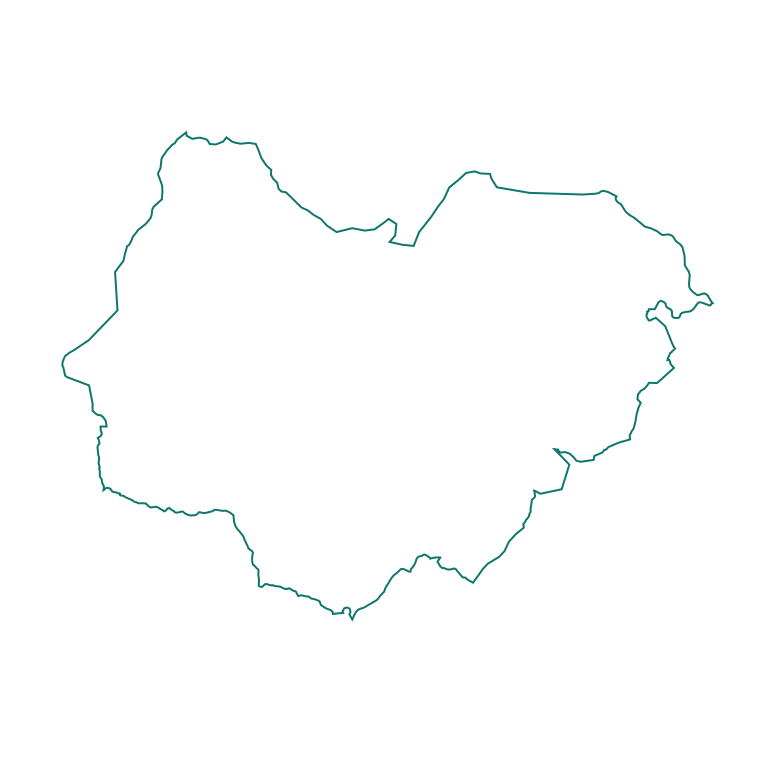 Techiman Municipal, Brong Ahafo, Ghana (Robinson projection), rotated 4°
{"feature_id": "2480657B78695952433486", "entity_name": "Techiman Municipal", "entity_type": "district", "adm_level": 2, "iso_a3": "GHA", "parent_name": "Ghana", "parent_adm1": "Brong Ahafo", "projection": "robinson", "projection_center": [-1.972, 7.526], "detail": "fine", "context": "isolated", "style": "outline", "palette": "teal", "viewbox_px": 768, "rotation_deg": 4, "n_neighbors": 0, "source": "geoboundaries", "source_scale": "gbopen_adm2", "svg_char_len": 6137}
<svg xmlns="http://www.w3.org/2000/svg" viewBox="0 0 768 768"><g transform="rotate(4 384 384)"><path d="M104.2,446.2L104.7,450.3L105.7,452.0L105.8,453.8L105.8,454.4L105.0,455.6L102.2,457.8L103.7,460.3L103.8,461.6L104.3,462.6L104.1,463.8L103.2,464.7L102.6,466.4L102.6,467.1L103.9,474.5L105.0,477.5L104.8,482.8L106.3,487.3L105.8,487.7L105.7,488.3L106.6,490.5L106.9,494.9L107.1,495.9L107.9,497.5L109.1,498.8L109.4,501.2L110.0,502.7L111.1,504.4L111.8,506.1L111.6,509.4L114.4,506.9L117.5,507.2L118.5,507.7L118.8,508.7L120.0,509.5L120.3,510.1L120.8,510.4L122.9,510.8L124.5,510.8L126.6,511.7L127.8,511.5L128.4,511.9L128.3,513.2L128.5,513.4L132.4,513.9L133.7,514.9L141.2,517.6L142.4,518.5L143.5,519.0L145.5,519.3L147.4,520.2L149.3,519.9L151.6,519.9L152.5,519.7L154.9,519.8L155.5,520.6L156.6,521.3L157.2,522.0L159.3,523.3L161.0,523.3L165.1,522.3L166.1,522.7L167.6,523.0L169.5,524.3L172.2,525.3L173.1,526.2L173.8,526.4L174.4,526.1L175.0,525.5L176.2,524.1L176.6,523.3L178.2,522.9L178.4,522.6L180.2,524.0L181.0,524.3L182.2,525.1L183.5,525.5L184.0,526.4L184.6,526.6L186.5,526.8L189.6,525.9L190.9,525.4L192.0,525.2L194.8,527.2L195.7,527.3L197.0,528.1L198.6,528.3L199.8,528.7L204.7,528.1L205.8,527.5L206.6,526.9L208.6,524.7L212.0,525.2L213.9,525.2L215.3,525.0L221.8,522.9L223.3,521.6L224.1,521.3L225.9,521.2L231.6,521.8L235.1,521.4L238.5,522.6L242.2,524.9L243.0,525.6L244.0,531.7L245.4,535.4L247.5,538.6L250.2,541.2L254.4,545.9L255.4,548.4L259.6,555.8L260.2,557.5L264.0,559.9L265.0,561.3L264.5,566.0L264.9,570.3L265.6,572.7L265.8,573.3L267.8,574.5L269.4,576.3L271.3,577.7L271.8,578.4L272.0,583.7L272.6,586.0L273.0,588.6L273.1,594.1L275.0,594.9L276.6,594.9L279.1,592.2L279.9,591.8L281.0,591.8L284.5,592.6L286.2,592.7L287.0,592.4L288.3,593.0L295.0,593.5L297.7,594.8L300.1,595.4L300.9,595.0L302.0,595.2L303.9,594.4L308.0,596.6L309.6,596.8L310.8,597.4L311.1,598.2L313.3,601.6L315.8,600.5L320.6,601.2L323.3,601.3L324.2,601.5L325.2,602.4L326.5,603.1L331.2,603.8L334.6,605.2L335.1,605.6L336.4,608.8L340.1,611.0L342.6,612.1L346.9,613.4L348.6,614.8L349.1,617.0L352.3,616.3L359.3,615.2L358.5,613.7L360.1,610.4L362.6,609.6L363.5,609.7L365.5,610.6L366.3,612.9L366.4,614.0L365.6,616.4L368.8,621.1L369.7,618.9L370.3,616.9L372.2,613.0L373.3,611.6L374.9,610.4L379.4,608.5L380.9,607.6L383.0,606.0L386.7,603.7L388.3,602.3L389.1,602.0L392.1,599.8L393.6,597.9L395.0,595.4L398.7,591.1L399.3,588.3L399.8,587.1L405.0,577.1L407.1,574.1L410.2,571.5L413.7,567.5L416.1,567.2L419.2,568.2L421.4,569.2L422.5,569.5L423.5,569.3L423.7,567.1L426.4,563.1L427.7,560.3L428.6,556.6L429.0,555.5L430.6,553.8L434.1,552.7L435.0,551.7L436.4,551.3L437.6,551.6L442.4,554.4L442.4,554.9L446.8,553.6L451.1,553.1L452.2,553.3L449.8,557.5L453.0,562.1L454.6,563.4L456.6,563.4L459.6,564.4L461.5,564.6L463.9,564.2L466.4,563.2L468.2,563.4L475.3,570.8L476.2,571.5L478.6,571.4L480.6,573.1L486.6,576.0L491.9,567.7L495.3,561.9L500.1,556.0L510.8,548.5L515.9,542.3L519.7,532.5L525.8,524.8L533.5,517.5L533.2,515.7L532.7,514.1L534.4,511.8L535.3,509.3L535.9,509.0L538.0,505.5L538.0,503.9L539.0,501.5L539.2,500.4L538.8,498.7L539.1,496.9L539.6,489.2L542.1,486.6L542.5,485.2L541.3,479.9L542.5,480.2L547.6,482.6L568.6,476.6L574.5,451.5L558.5,437.1L562.2,437.3L564.0,440.2L569.3,439.3L574.1,440.5L578.7,444.2L581.2,447.1L585.6,447.9L598.4,445.1L598.9,441.0L606.0,437.5L607.0,436.7L608.2,434.4L609.3,434.4L611.1,432.9L611.4,432.3L612.2,431.3L622.5,426.0L633.4,422.1L632.9,420.2L632.7,418.9L633.0,417.1L633.9,415.5L634.5,413.6L635.8,411.6L636.4,409.7L637.4,404.5L638.1,396.7L639.0,392.2L639.2,390.9L641.4,384.8L637.8,381.5L638.2,376.3L639.2,375.2L640.5,373.0L644.3,370.3L646.2,367.8L648.3,364.3L656.3,364.0L660.4,359.9L672.1,347.7L668.5,344.2L667.9,342.0L666.7,340.0L665.1,340.4L665.5,338.0L666.4,336.2L667.2,333.3L668.7,332.2L668.8,331.7L671.9,328.4L669.7,325.6L660.6,306.9L657.1,304.0L650.4,298.9L649.7,299.6L647.5,300.4L645.8,301.7L644.1,302.2L643.5,302.1L643.2,301.3L641.5,299.2L641.0,297.0L641.7,294.9L641.4,293.5L642.8,293.0L643.0,290.9L648.9,290.5L652.2,283.3L654.1,281.7L656.9,282.5L658.2,283.3L659.2,284.2L659.9,286.5L660.9,287.9L664.9,289.7L666.1,291.2L666.8,296.3L668.1,297.5L669.6,297.8L673.0,297.6L674.2,296.3L675.1,293.5L676.3,292.3L679.4,291.2L684.0,290.3L685.4,289.5L687.4,287.7L691.5,281.3L693.1,280.4L695.6,280.7L703.5,283.0L704.3,282.6L705.2,280.8L706.2,280.5L704.8,279.0L700.7,273.0L698.5,271.6L696.8,271.3L691.3,273.5L690.0,273.3L686.1,270.9L683.3,268.5L681.9,266.4L681.3,263.2L681.4,254.1L680.3,250.9L675.8,244.6L674.9,235.3L672.1,226.5L669.8,224.1L665.3,221.2L661.9,216.6L659.5,215.3L656.8,214.9L652.5,215.9L650.7,215.7L645.5,212.4L639.4,210.1L633.5,208.9L631.5,207.6L629.6,206.1L621.9,200.7L617.1,198.3L613.1,195.3L607.9,188.2L604.4,186.3L602.5,184.1L602.1,182.4L602.9,180.6L594.3,176.9L589.6,176.0L587.3,176.6L584.9,178.6L581.7,179.4L569.5,181.1L515.8,183.2L482.9,179.9L476.8,171.6L475.1,167.0L465.4,167.2L459.8,165.6L451.2,167.7L444.4,174.9L435.4,183.4L430.8,195.4L425.7,203.0L419.2,214.3L408.5,229.9L403.9,244.2L392.5,243.8L379.7,241.9L384.8,235.1L385.2,223.6L377.2,219.0L371.6,224.0L363.8,230.4L354.1,232.3L341.5,230.8L326.1,235.7L316.1,230.0L309.4,223.7L302.1,220.3L296.0,216.2L289.4,213.7L273.0,199.7L268.2,199.1L265.3,196.7L263.4,190.7L259.2,187.1L256.7,183.4L256.5,178.3L251.3,174.1L246.0,167.3L242.7,160.0L239.4,153.5L232.5,152.9L224.2,154.3L219.7,153.8L215.7,152.9L209.6,149.0L206.7,153.4L199.4,156.8L193.3,156.7L191.5,153.9L189.7,152.3L184.0,151.2L182.2,151.2L175.7,152.8L169.8,150.1L169.1,146.9L160.7,154.4L158.4,158.5L155.7,160.4L153.9,162.9L151.5,165.6L147.0,173.2L146.3,175.2L146.1,182.9L145.6,185.4L144.4,188.1L143.8,190.1L148.9,201.6L149.6,208.5L149.4,213.5L149.6,215.2L141.8,223.3L140.6,226.5L140.4,231.3L139.9,233.9L137.8,237.5L135.1,241.0L127.8,247.6L126.7,249.6L123.1,254.7L122.1,258.4L120.0,263.1L118.1,264.5L116.5,272.4L115.5,279.3L107.9,291.0L113.0,329.2L86.5,360.8L71.8,372.3L68.3,374.5L63.9,378.4L62.9,381.1L61.9,384.4L61.8,387.9L63.0,389.9L65.3,397.9L67.2,399.2L89.9,406.0L94.6,423.5L95.2,431.3L96.2,431.7L97.6,433.1L100.4,434.8L104.0,435.0L105.0,436.1L105.8,436.2L108.9,440.1L109.7,442.8L110.2,445.8L104.2,446.2Z" fill="none" stroke="#0f766e" stroke-width="2"/></g></svg>